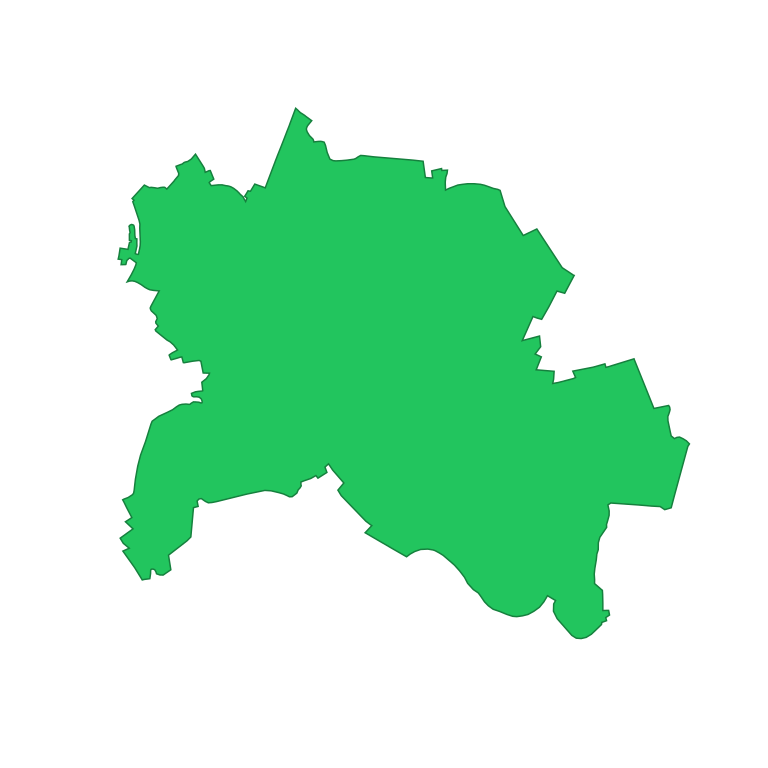 Ha Dong, Ha Noi, Vietnam (Robinson projection), rotated 259°
{"feature_id": "81297802B46977673973725", "entity_name": "Ha Dong", "entity_type": "district", "adm_level": 2, "iso_a3": "VNM", "parent_name": "Vietnam", "parent_adm1": "Ha Noi", "projection": "robinson", "projection_center": [105.762, 20.954], "detail": "fine", "context": "isolated", "style": "filled", "palette": "green", "viewbox_px": 768, "rotation_deg": 259, "n_neighbors": 0, "source": "geoboundaries", "source_scale": "gbopen_adm2", "svg_char_len": 5959}
<svg xmlns="http://www.w3.org/2000/svg" viewBox="0 0 768 768"><g transform="rotate(259 384 384)"><path d="M266.9,672.4L270.5,670.0L273.2,667.1L275.5,664.0L275.7,661.3L275.0,658.7L278.2,656.0L281.9,655.9L293.6,655.7L297.9,656.4L300.3,657.9L302.3,659.0L304.2,659.9L306.8,660.0L308.6,659.3L308.5,646.0L308.5,644.3L326.2,640.9L360.9,634.2L361.0,634.2L358.1,607.1L358.0,605.0L361.6,604.7L360.6,592.4L360.6,571.8L353.8,573.3L353.2,570.9L352.2,555.2L352.3,549.7L356.3,551.4L364.0,553.4L368.9,536.1L380.6,543.6L384.6,538.1L390.7,544.9L401.4,545.8L400.2,528.0L421.8,543.1L419.5,546.9L417.4,551.1L428.3,560.5L442.2,571.5L438.6,578.7L454.3,591.4L454.7,590.7L464.2,581.1L507.0,563.6L503.2,549.0L535.1,536.6L551.9,534.9L553.3,532.9L555.1,528.7L557.5,524.7L559.9,520.6L561.6,516.8L563.4,510.6L564.6,504.5L565.0,499.2L565.2,494.4L564.4,489.8L563.7,485.5L562.6,481.4L568.5,482.3L570.7,482.7L575.3,484.1L578.5,486.0L581.8,487.1L582.6,481.5L584.5,481.6L584.1,471.5L577.0,471.1L577.2,469.7L578.8,464.0L595.2,464.9L598.3,454.9L609.0,417.1L612.0,407.7L612.8,404.7L611.9,401.9L610.8,399.4L610.4,397.5L610.8,390.2L611.4,384.6L612.2,379.2L613.0,376.6L615.1,373.8L622.1,372.4L629.3,372.1L632.8,371.4L633.8,369.5L634.3,368.1L634.7,365.4L635.0,361.3L636.5,361.3L637.9,361.0L642.1,358.2L646.1,356.7L648.4,356.4L649.6,356.6L651.3,357.6L652.4,358.6L656.3,363.3L657.4,362.2L661.9,358.1L662.7,357.5L665.8,354.3L666.1,353.8L666.9,353.3L668.2,352.3L669.2,351.7L671.5,349.9L669.4,348.6L657.6,341.4L655.4,340.1L651.2,337.4L642.9,332.2L636.9,328.4L627.9,322.6L627.4,322.3L626.9,322.0L623.3,319.7L622.8,319.4L622.5,319.3L621.3,318.5L613.7,313.8L607.4,309.9L600.9,305.9L599.2,304.9L604.9,295.3L598.7,289.7L599.6,287.4L597.2,285.3L594.9,283.1L592.6,285.0L589.5,283.0L591.4,282.3L594.7,281.3L597.9,278.9L599.8,277.8L600.4,277.3L601.4,276.7L604.8,273.7L606.8,271.3L607.9,269.3L608.5,267.7L608.8,266.7L610.4,263.0L611.1,259.2L611.7,252.2L615.0,250.8L615.8,251.8L617.6,256.0L626.7,254.2L626.8,253.0L625.9,248.9L630.0,248.8L632.1,248.1L645.6,242.8L641.6,237.8L639.9,233.9L639.8,231.5L639.6,230.1L638.4,227.8L638.3,226.6L638.0,224.9L637.7,223.1L637.4,221.4L636.1,221.5L631.3,222.4L630.1,222.7L627.9,222.1L623.9,217.2L623.4,216.8L617.3,208.7L616.8,208.0L618.9,206.3L619.3,204.7L619.5,202.0L619.3,199.2L620.4,196.3L621.5,192.9L621.5,191.2L625.0,186.7L614.1,172.1L612.1,173.7L610.9,172.2L606.1,172.9L602.2,173.4L591.3,174.8L588.2,174.9L587.5,174.9L583.6,174.0L573.6,172.5L572.6,172.3L570.2,172.0L566.5,171.1L563.3,169.9L563.1,169.8L560.4,168.6L558.1,167.6L558.3,166.6L558.7,165.8L559.5,164.7L564.1,166.7L566.6,167.8L569.8,168.3L573.6,169.1L574.2,167.7L577.5,167.8L583.1,168.7L586.6,168.8L587.7,168.5L588.4,167.5L588.8,166.4L588.3,164.8L587.5,163.8L586.6,163.9L583.3,163.6L581.2,163.7L579.9,162.7L573.7,161.5L572.9,163.4L571.6,162.9L571.5,161.2L566.8,159.1L565.0,158.4L567.7,150.9L560.2,148.2L557.3,146.9L556.9,148.1L556.1,150.3L551.3,148.7L550.6,152.9L550.6,153.4L554.3,155.1L556.0,157.7L556.0,158.8L554.9,159.8L550.3,164.0L548.2,163.1L544.4,160.6L539.4,156.7L533.3,151.4L533.6,153.8L533.3,156.5L532.3,159.0L530.6,161.5L527.9,164.6L524.5,167.8L522.5,170.2L521.2,172.1L519.8,175.8L518.6,180.0L518.3,181.1L505.0,170.2L503.2,169.0L501.7,169.1L500.1,169.6L494.8,173.5L491.5,173.9L488.7,171.8L487.2,171.7L483.9,173.5L481.0,169.8L479.4,170.2L468.6,179.3L466.2,182.1L462.4,185.0L456.8,187.8L456.2,186.1L455.0,182.1L454.4,180.7L453.6,178.8L453.3,178.6L448.5,179.5L448.3,179.9L448.5,181.9L448.6,183.4L448.8,185.6L449.2,189.1L449.1,190.7L443.3,191.1L443.0,191.8L442.9,200.5L442.4,207.0L441.3,208.6L429.3,208.6L427.9,214.8L426.6,214.1L423.2,210.7L420.5,205.5L412.0,204.8L411.8,204.0L412.2,200.4L412.3,197.3L411.5,193.2L409.1,193.2L408.4,193.7L407.7,194.8L407.2,197.8L406.3,200.1L404.4,201.7L402.0,202.2L400.7,202.0L400.3,201.7L400.3,200.6L401.4,198.9L402.3,195.7L402.8,193.5L401.8,190.8L401.1,189.7L401.2,188.8L402.1,185.8L402.6,181.8L402.4,179.0L401.2,175.9L399.1,171.6L397.6,166.2L395.3,156.8L391.7,149.3L389.1,147.6L382.6,144.1L372.8,138.8L360.7,131.5L350.4,126.6L338.2,121.9L331.0,119.6L329.7,119.2L327.4,118.5L324.7,117.4L323.5,116.2L323.0,115.2L321.4,111.2L320.6,106.7L320.2,105.4L317.7,106.2L311.7,107.8L304.0,110.1L301.0,111.0L298.1,103.9L289.7,110.0L283.0,95.6L277.3,97.7L271.4,102.6L269.8,95.8L251.1,104.3L237.8,109.3L237.9,111.5L237.8,113.2L237.7,114.6L237.6,116.3L237.6,117.0L242.5,118.7L245.3,119.3L246.4,119.9L246.6,120.9L246.2,122.4L245.4,123.5L243.2,124.3L241.1,124.5L239.3,127.6L238.6,130.8L239.8,133.5L242.3,139.3L257.1,139.8L267.6,160.6L270.7,165.2L299.0,173.4L299.3,178.2L304.8,178.2L306.4,180.4L306.4,182.8L302.8,186.3L300.9,188.9L300.5,192.4L300.5,197.0L302.1,228.3L302.3,246.7L300.7,252.8L297.4,260.1L295.2,264.4L293.0,267.5L291.3,269.7L290.9,272.4L293.5,277.6L296.4,279.5L298.0,281.7L299.8,283.3L301.2,283.3L303.6,283.7L304.2,286.8L305.2,294.0L307.1,299.7L304.2,301.2L308.1,311.1L313.7,310.2L316.2,314.3L309.3,317.2L294.5,325.7L288.6,318.5L282.6,320.7L252.8,340.0L248.2,344.1L247.3,345.0L241.6,337.1L220.3,361.4L210.1,373.2L212.1,377.3L213.7,382.2L214.6,388.4L213.6,395.5L211.7,400.6L210.7,402.3L207.6,406.1L204.5,409.4L197.3,415.1L192.8,418.6L186.1,422.6L178.8,426.2L172.3,428.1L165.1,432.5L160.9,436.7L158.0,438.1L151.0,441.1L146.4,444.1L142.1,448.1L138.6,454.2L134.4,460.6L131.4,466.0L130.3,470.0L130.0,475.7L130.3,481.4L132.3,487.7L135.2,494.0L139.6,499.3L145.0,504.1L138.7,511.1L135.7,508.6L128.6,507.0L120.6,509.2L101.4,520.4L98.0,524.0L97.8,524.3L96.5,529.0L96.7,534.1L98.8,539.8L101.9,544.7L106.4,551.6L108.4,552.3L109.2,557.3L112.4,557.1L114.2,561.3L118.9,561.3L119.9,555.6L127.1,557.0L135.9,558.5L139.8,559.0L141.5,557.6L147.9,552.6L151.7,553.4L157.3,554.1L162.8,555.8L171.1,558.9L176.5,560.5L180.5,562.7L187.3,564.1L192.3,566.6L200.8,575.2L203.6,575.6L207.2,577.5L212.1,579.9L216.4,580.8L222.6,580.7L223.9,583.9L216.9,610.0L214.8,617.5L213.2,623.0L211.0,631.7L207.1,635.6L207.7,642.3L219.3,647.9L264.7,670.3L266.9,672.4Z" fill="#22c55e" stroke="#15803d" stroke-width="1.5"/></g></svg>